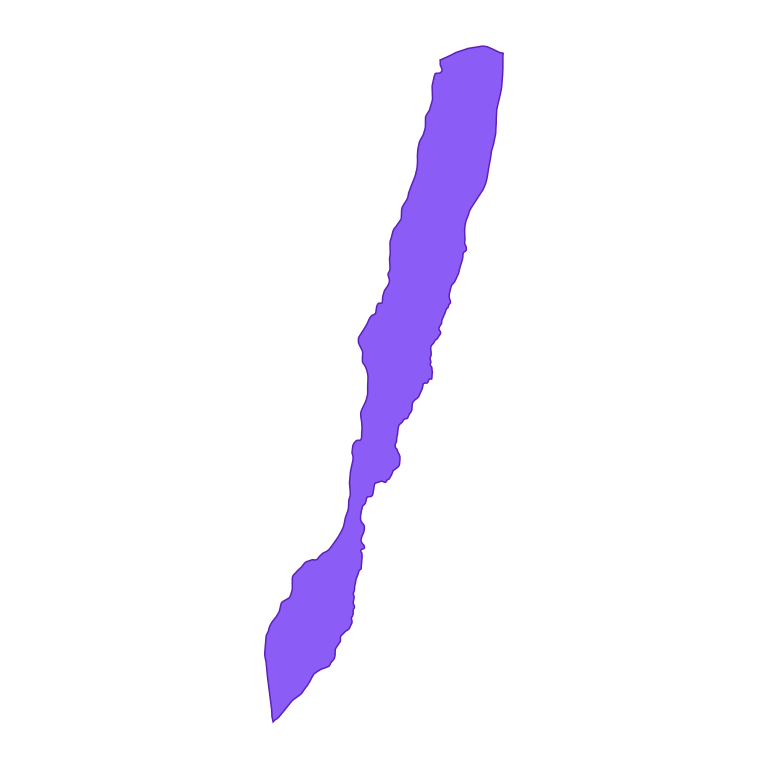 outline of Santa Cruz Muluá, Retalhuleu, Guatemala
{"feature_id": "79465075B78170683113897", "entity_name": "Santa Cruz Muluá", "entity_type": "district", "adm_level": 2, "iso_a3": "GTM", "parent_name": "Guatemala", "parent_adm1": "Retalhuleu", "projection": "equal_earth", "projection_center": [-91.661, 14.45], "detail": "fine", "context": "isolated", "style": "filled", "palette": "violet", "viewbox_px": 768, "rotation_deg": 0, "n_neighbors": 0, "source": "geoboundaries", "source_scale": "gbopen_adm2", "svg_char_len": 6099}
<svg xmlns="http://www.w3.org/2000/svg" viewBox="0 0 768 768"><path d="M273.1,721.9L275.0,719.9L276.7,718.9L278.6,717.3L283.7,711.2L291.7,701.2L293.6,699.5L300.1,694.8L301.9,693.1L304.6,689.0L307.2,685.7L309.9,681.3L311.9,677.4L314.0,673.9L317.4,671.5L321.3,669.1L325.2,667.8L328.5,666.5L329.4,665.8L331.1,662.4L332.8,660.6L334.3,658.5L334.8,656.8L335.1,654.8L335.2,650.2L335.4,649.1L336.3,647.4L340.2,641.7L340.5,640.4L340.4,636.9L341.4,635.3L342.3,634.6L344.0,632.9L344.7,632.1L345.4,631.4L347.7,630.0L348.8,629.0L349.7,627.8L350.5,625.8L351.4,624.1L351.9,623.1L352.0,621.9L351.9,620.4L351.5,619.2L351.4,617.5L352.3,616.5L353.1,614.3L353.2,610.4L353.6,608.9L354.4,607.8L354.4,605.9L353.2,603.5L353.5,600.5L354.0,598.4L354.2,597.3L353.7,595.3L353.4,594.4L353.3,593.3L354.0,591.6L354.5,589.6L354.6,587.0L355.0,584.6L355.4,583.2L356.0,579.4L357.8,574.7L358.6,572.4L358.8,571.2L359.6,570.0L361.1,569.0L362.1,556.7L362.0,553.7L361.6,552.7L360.9,551.7L360.7,550.2L362.1,549.1L363.5,548.8L364.5,548.0L364.3,546.0L363.4,544.6L362.3,543.5L361.6,542.5L361.1,540.8L361.1,539.8L361.4,538.1L361.9,536.4L363.1,533.8L363.9,531.7L364.4,529.1L364.4,526.6L363.9,525.0L361.6,522.1L361.0,520.9L360.6,519.6L360.5,517.7L360.6,515.9L361.3,511.4L362.0,508.6L362.2,507.5L362.8,505.8L363.6,505.1L364.3,504.6L365.5,502.9L366.0,500.9L366.3,499.4L366.8,497.8L367.5,496.9L371.2,496.5L372.4,495.3L372.9,493.9L374.2,486.0L374.6,484.2L375.4,483.0L376.8,482.7L379.2,481.9L380.1,481.5L381.7,481.2L385.3,482.4L386.5,481.4L386.7,480.3L388.0,479.5L388.8,479.2L389.5,478.4L391.3,475.3L393.2,470.6L397.7,467.3L398.6,466.3L399.3,465.1L399.6,463.6L400.0,458.5L399.9,456.4L399.4,454.8L397.5,451.1L397.2,449.5L395.9,448.2L395.3,447.1L395.2,444.9L395.5,443.5L396.1,442.5L396.5,441.4L396.9,436.5L397.4,435.1L397.6,433.7L397.8,431.2L398.2,428.4L398.6,426.3L399.0,425.2L399.6,424.4L401.3,423.0L402.3,422.0L403.3,420.5L403.8,419.5L405.1,418.8L406.7,418.7L407.7,418.0L408.3,416.3L408.8,415.2L409.6,413.8L410.6,412.5L411.2,411.4L411.7,410.3L412.0,408.9L412.1,406.2L412.3,403.8L413.2,401.7L414.8,400.0L417.0,398.4L418.6,396.9L422.3,388.5L422.6,387.3L422.9,385.7L423.1,384.0L424.5,383.1L426.4,383.1L427.3,382.9L428.2,381.6L428.7,380.0L429.6,378.9L431.6,379.1L431.9,378.0L432.0,375.6L432.4,371.9L432.1,370.5L431.9,369.3L432.0,368.2L431.6,366.9L430.7,365.9L430.1,364.1L430.7,363.1L430.9,361.7L430.4,360.0L430.1,358.4L430.5,356.8L431.0,355.8L431.2,354.2L431.1,352.0L430.7,348.7L430.8,347.0L431.3,345.8L432.0,344.8L433.8,342.8L434.3,341.7L435.0,340.5L435.9,339.7L437.0,339.0L437.8,337.9L439.0,335.9L440.3,334.1L440.7,332.6L440.2,331.4L439.2,329.7L438.8,328.4L439.7,326.3L440.8,324.7L441.5,323.5L441.9,320.1L445.1,312.8L446.3,308.9L447.7,308.0L448.4,306.6L448.6,305.1L450.5,302.8L450.3,300.6L449.6,299.0L449.3,297.6L449.2,295.9L449.4,293.8L450.2,290.0L451.3,286.1L451.7,285.1L452.3,284.3L453.2,283.5L454.5,282.0L456.1,278.8L458.6,273.1L460.0,267.3L461.8,261.6L462.6,258.6L462.9,256.5L463.0,253.6L463.9,252.2L465.3,251.3L466.3,250.2L466.4,248.3L466.2,246.9L464.8,244.0L464.7,242.6L464.8,241.0L465.0,239.7L464.6,231.1L464.9,226.8L465.3,223.9L466.1,220.6L468.3,215.1L469.3,211.5L471.1,208.0L482.9,189.8L484.3,186.9L485.7,183.3L486.5,180.5L487.3,176.7L488.8,167.2L490.4,158.9L491.5,151.1L493.5,144.2L495.7,133.6L495.9,128.1L496.2,123.8L496.3,118.2L496.7,110.2L497.3,107.0L498.6,101.5L500.4,93.9L501.4,88.8L501.7,86.7L502.6,75.0L502.9,68.1L502.9,57.8L503.0,54.4L503.3,53.3L500.0,52.6L496.5,51.0L493.1,49.3L486.9,46.6L482.4,46.1L468.2,48.4L455.7,52.6L450.8,55.2L440.0,60.1L440.3,61.8L440.2,63.5L440.3,65.2L442.0,69.2L442.1,70.3L441.2,72.0L440.4,72.6L439.6,73.1L438.6,73.2L436.1,73.2L435.0,74.0L434.2,76.4L432.3,85.0L432.1,86.6L432.5,98.2L432.4,99.9L432.1,101.1L429.7,109.3L429.3,110.4L427.4,113.4L425.9,116.0L425.5,117.3L425.4,126.5L425.2,128.1L423.5,134.1L422.9,135.4L420.4,139.9L419.4,142.0L419.0,143.6L417.9,149.0L417.7,150.7L417.4,155.5L417.5,162.0L417.0,168.2L415.5,174.7L414.9,176.7L411.1,186.2L409.1,191.7L408.6,193.0L408.2,195.6L407.7,197.7L406.5,200.3L404.3,203.5L402.1,207.5L401.6,209.9L401.3,217.6L401.1,219.2L395.7,226.9L394.7,228.0L394.0,228.9L392.9,231.4L391.2,238.2L390.2,240.9L390.0,242.9L390.2,252.8L390.1,254.9L389.8,256.7L389.5,258.9L389.6,260.7L389.9,264.6L390.0,269.1L389.6,270.9L388.4,272.9L388.0,274.2L388.3,276.2L389.4,279.6L389.4,281.2L389.1,282.7L388.0,285.3L387.3,286.5L384.6,290.3L384.1,291.6L382.9,296.0L382.6,297.7L382.4,301.3L382.1,302.9L380.7,303.3L379.9,303.1L378.6,303.3L377.7,304.1L377.2,305.2L376.7,306.4L376.3,308.9L375.9,311.8L375.4,313.7L372.1,315.4L371.4,315.9L370.0,317.6L369.4,318.6L366.9,324.2L363.4,330.0L360.1,335.1L358.9,337.1L358.4,338.7L358.4,341.2L358.6,343.2L362.4,351.1L362.7,353.4L362.4,357.1L362.4,361.7L363.1,363.2L364.5,365.1L365.2,366.4L366.4,369.0L367.1,371.5L367.8,374.8L368.0,377.8L367.6,388.2L367.7,390.7L367.6,393.9L367.4,395.4L366.2,399.9L365.0,402.9L362.0,409.1L361.3,410.8L360.9,412.2L360.7,413.4L360.8,416.6L361.6,421.7L361.9,425.4L362.0,428.8L361.7,432.6L361.6,436.8L361.4,438.2L361.1,439.2L360.1,440.3L357.9,440.2L356.5,440.5L355.5,441.4L354.4,442.6L353.3,444.4L352.8,445.8L352.1,451.3L352.0,453.2L352.7,454.8L353.0,456.9L353.0,459.5L352.8,460.7L350.9,469.3L350.5,471.4L349.5,482.0L349.5,483.8L349.8,486.7L350.1,490.4L350.3,494.2L350.0,496.2L349.5,498.1L348.8,499.9L348.7,501.6L348.5,506.9L348.3,508.8L348.0,510.2L347.4,512.1L346.0,515.8L345.3,518.0L344.1,524.1L343.3,527.1L341.5,531.0L338.9,535.7L336.5,539.4L330.8,547.3L329.1,549.5L326.6,551.4L323.0,553.1L320.3,555.5L319.1,556.9L318.3,558.0L316.9,559.5L315.0,560.0L312.3,559.7L306.2,561.8L305.1,562.6L303.7,564.1L301.9,566.6L297.2,571.0L295.1,573.4L293.6,574.8L292.7,576.3L292.3,578.0L292.3,588.6L292.1,590.1L291.6,592.0L290.3,596.0L289.7,597.1L288.8,598.1L282.9,601.5L282.0,602.3L281.2,603.3L280.7,605.4L279.5,610.6L279.1,611.9L276.1,616.9L272.7,621.1L271.8,622.4L271.0,623.7L270.1,625.4L269.2,627.7L268.8,629.1L268.5,630.8L268.0,631.9L266.9,634.0L266.2,635.9L266.0,637.5L264.7,653.4L264.8,655.6L265.6,660.1L266.0,661.5L267.5,677.1L271.6,709.4L271.9,714.0L271.9,716.3L273.1,721.9Z" fill="#8b5cf6" stroke="#5b21b6" stroke-width="1.5"/></svg>